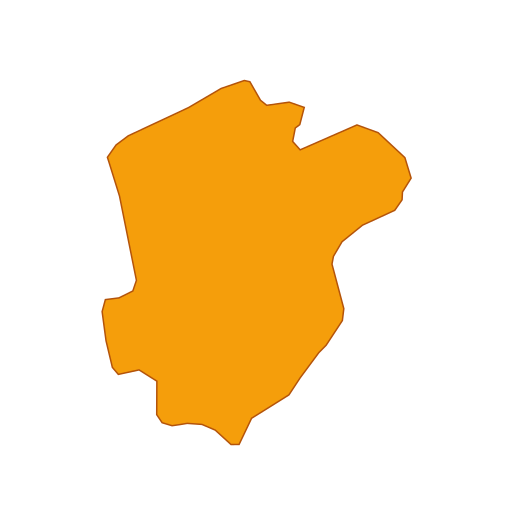 the district of San Bernardino, Suchitepéquez, Guatemala, rotated 68°
{"feature_id": "79465075B44616748162902", "entity_name": "San Bernardino", "entity_type": "district", "adm_level": 2, "iso_a3": "GTM", "parent_name": "Guatemala", "parent_adm1": "Suchitepéquez", "projection": "natural_earth1", "projection_center": [-91.453, 14.532], "detail": "fine", "context": "isolated", "style": "filled", "palette": "amber", "viewbox_px": 512, "rotation_deg": 68, "n_neighbors": 0, "source": "geoboundaries", "source_scale": "gbopen_adm2", "svg_char_len": 820}
<svg xmlns="http://www.w3.org/2000/svg" viewBox="0 0 512 512"><g transform="rotate(68 256 256)"><path d="M108.8,356.8L114.3,357.2L149.3,360.1L233.8,376.0L242.3,383.3L243.5,398.8L240.0,412.0L249.9,419.5L278.4,426.8L305.5,430.9L314.2,428.0L317.8,407.1L334.9,394.8L365.9,407.5L375.4,405.5L381.9,397.4L383.8,389.7L385.4,382.5L391.9,369.2L402.2,359.0L421.4,349.8L424.4,342.3L404.8,320.9L397.1,277.5L385.5,260.7L369.1,233.9L365.0,224.4L348.2,200.1L337.7,194.3L292.0,188.6L285.3,184.3L275.0,170.9L267.3,145.7L265.6,110.2L258.6,99.5L251.5,96.2L241.9,83.0L220.6,81.1L187.5,96.5L172.3,113.3L174.1,175.3L163.5,179.1L152.0,171.6L150.6,166.2L136.3,155.6L125.8,167.6L120.3,189.6L113.3,193.5L92.1,196.4L88.9,201.1L87.6,225.6L93.1,262.8L96.7,329.4L100.6,344.1L108.8,356.8Z" fill="#f59e0b" stroke="#b45309" stroke-width="1.5"/></g></svg>